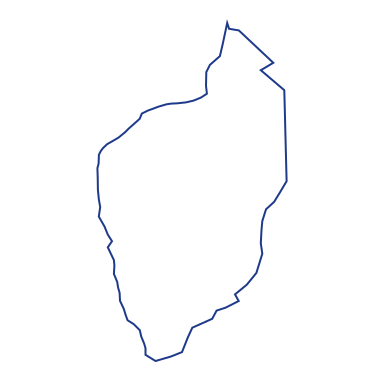 Variseia, Nicosia, Cyprus (orthographic projection)
{"feature_id": "46923920B52002347954875", "entity_name": "Variseia", "entity_type": "district", "adm_level": 2, "iso_a3": "CYP", "parent_name": "Cyprus", "parent_adm1": "Nicosia", "projection": "orthographic", "projection_center": [32.74, 35.114], "detail": "fine", "context": "isolated", "style": "outline", "palette": "blue", "viewbox_px": 384, "rotation_deg": 0, "n_neighbors": 0, "source": "geoboundaries", "source_scale": "gbopen_adm2", "svg_char_len": 1054}
<svg xmlns="http://www.w3.org/2000/svg" viewBox="0 0 384 384"><path d="M227.2,23.0L222.6,44.6L219.9,56.1L209.9,64.9L206.3,72.1L206.0,85.8L206.9,93.7L200.9,97.6L193.6,100.6L185.8,102.4L177.3,103.3L171.3,103.6L166.5,104.3L158.3,106.7L154.4,108.2L147.8,110.6L141.8,113.6L139.7,118.8L128.8,128.5L125.2,132.1L118.5,137.6L111.3,141.8L107.1,144.2L102.9,148.2L100.7,151.2L98.9,154.8L98.6,163.6L97.4,168.2L97.7,176.7L97.9,189.6L98.8,199.1L100.2,207.1L98.8,216.6L104.5,226.5L107.8,234.6L112.0,241.2L107.8,247.3L113.9,260.1L114.4,265.8L113.9,273.9L117.2,281.9L118.1,287.6L119.6,292.8L120.0,300.8L123.8,308.9L125.7,315.1L127.6,320.3L133.7,324.1L139.8,330.2L141.2,336.4L144.1,343.5L145.5,348.2L145.5,354.8L155.5,361.0L171.0,356.5L182.0,352.1L187.9,337.3L192.3,327.7L212.2,318.8L216.6,310.6L225.5,307.7L238.7,301.0L235.0,294.4L246.8,284.7L256.4,272.9L262.3,253.7L260.8,243.3L261.5,230.0L262.3,221.1L266.0,209.3L274.1,201.9L280.0,192.3L286.6,181.2L284.3,90.2L260.8,70.2L273.3,62.8L238.8,30.4L229.1,28.8L227.2,23.0Z" fill="none" stroke="#1e3a8a" stroke-width="2"/></svg>